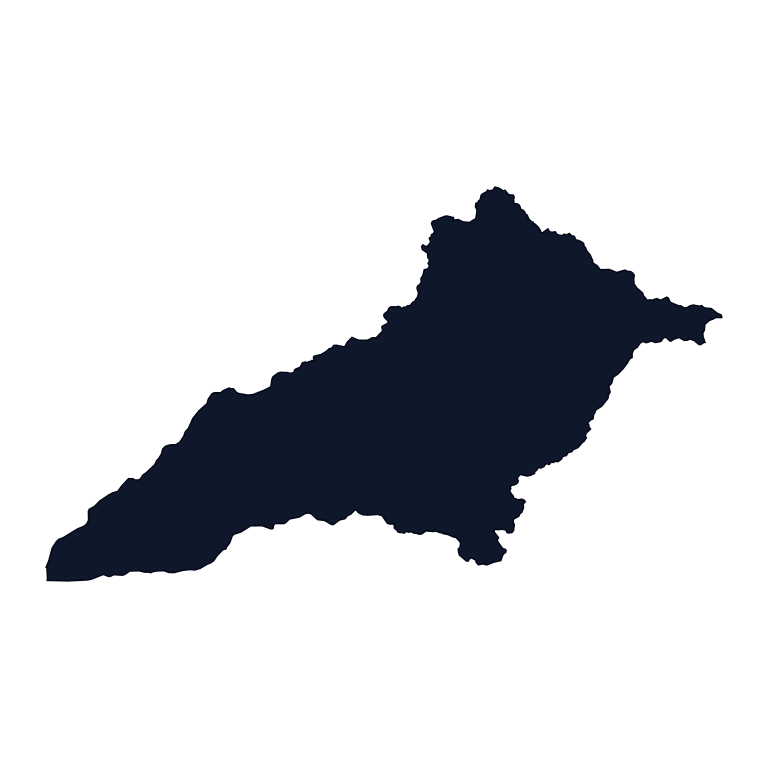 the district of Villahermosa, Tolima, Colombia
{"feature_id": "7082276B2838596576058", "entity_name": "Villahermosa", "entity_type": "district", "adm_level": 2, "iso_a3": "COL", "parent_name": "Colombia", "parent_adm1": "Tolima", "projection": "orthographic", "projection_center": [-75.108, 4.977], "detail": "fine", "context": "isolated", "style": "filled", "palette": "ink", "viewbox_px": 768, "rotation_deg": 0, "n_neighbors": 0, "source": "geoboundaries", "source_scale": "gbopen_adm2", "svg_char_len": 6110}
<svg xmlns="http://www.w3.org/2000/svg" viewBox="0 0 768 768"><path d="M47.2,580.4L68.0,580.9L87.8,579.9L91.8,579.0L103.4,574.4L108.2,576.3L110.2,576.4L113.7,574.7L122.8,575.2L125.0,574.3L129.9,571.0L139.2,570.8L144.5,572.1L148.7,572.1L150.6,572.7L153.0,571.6L157.3,570.9L164.1,570.7L168.6,572.4L173.9,572.6L183.1,570.3L190.2,569.5L194.7,570.0L200.2,568.3L207.4,564.1L210.4,563.0L213.7,560.7L217.1,555.6L222.9,549.7L225.9,548.8L226.4,547.2L229.6,543.0L232.1,536.2L233.9,534.2L241.1,531.9L250.6,525.8L262.2,525.7L270.7,528.8L272.5,528.8L273.0,528.4L273.6,525.1L275.3,523.5L283.8,523.6L286.1,522.3L289.3,519.0L299.5,516.9L304.8,513.7L308.2,512.9L311.1,513.7L317.6,519.6L324.5,520.4L331.3,524.4L333.4,524.6L339.4,520.0L345.1,518.6L347.2,515.8L351.1,513.9L355.2,509.7L356.0,509.8L358.5,512.7L362.7,514.7L367.5,515.1L377.6,514.4L382.0,515.5L387.3,523.2L389.5,524.0L394.3,524.1L394.3,527.6L395.3,529.2L396.5,529.6L397.9,531.9L399.9,532.5L402.1,532.5L403.9,533.2L406.5,531.3L408.5,532.2L410.8,531.6L413.9,533.0L417.1,533.4L418.8,534.2L421.8,533.9L425.9,530.9L433.7,531.5L435.6,531.0L439.9,532.6L441.6,532.7L443.0,533.6L448.1,534.6L453.9,537.2L455.6,537.1L459.8,541.4L460.6,543.5L459.9,547.5L458.2,549.1L458.7,553.0L459.6,555.2L466.6,561.1L468.2,561.0L469.7,558.3L471.5,557.9L475.5,559.9L476.2,562.2L478.3,564.8L482.9,563.9L486.8,564.9L493.7,562.2L500.8,560.6L502.6,555.4L503.7,553.8L505.6,552.5L506.1,550.4L505.4,549.4L502.7,548.6L498.3,542.5L497.2,540.2L498.5,537.6L494.3,532.2L494.1,530.5L495.1,529.3L497.6,529.7L502.2,529.2L506.1,530.1L506.8,532.3L508.2,533.0L511.9,532.5L513.5,530.7L514.3,524.6L513.1,522.1L513.5,519.2L518.8,516.2L519.7,513.9L521.6,512.5L523.5,507.9L523.2,503.9L525.3,501.8L524.5,500.5L522.0,499.2L517.4,499.8L516.0,498.9L514.6,498.7L513.5,497.5L513.2,496.0L511.1,493.7L509.8,490.8L509.8,489.9L510.8,488.9L510.2,486.6L512.6,484.9L514.0,485.1L514.9,484.3L516.1,484.2L517.8,482.4L518.3,480.9L517.2,478.9L518.3,476.4L520.5,474.4L527.0,476.0L530.3,475.4L534.6,473.3L534.7,471.2L536.6,470.4L537.7,468.2L538.8,467.7L541.0,468.0L543.9,466.6L545.8,463.7L549.3,464.4L551.6,461.8L553.4,462.5L554.8,461.4L558.1,461.6L561.3,459.2L562.7,456.6L566.4,455.4L568.3,452.4L571.7,451.8L573.0,449.8L578.0,447.5L582.6,442.2L584.0,441.4L586.3,437.9L585.4,436.2L586.0,433.3L590.5,429.0L589.0,427.0L588.7,424.6L587.6,422.9L590.6,419.9L593.0,418.9L593.7,414.2L594.9,412.6L595.7,410.0L601.8,406.1L607.9,398.4L608.5,394.8L610.1,392.2L608.8,386.3L611.6,383.3L613.2,377.3L618.1,373.8L623.2,368.5L627.5,362.8L629.3,359.2L632.2,357.4L632.0,353.9L633.6,349.6L637.0,347.5L640.3,342.9L643.0,341.4L646.1,342.7L651.5,341.1L655.4,342.5L659.8,341.7L661.2,341.1L663.2,338.2L665.2,337.3L666.4,337.6L669.6,340.8L670.8,341.2L674.2,339.0L679.0,337.5L684.3,340.4L687.2,340.2L690.1,339.0L694.5,340.7L698.8,344.4L700.6,344.7L703.8,342.5L705.0,342.4L703.1,336.9L702.8,333.1L704.3,330.3L704.8,324.4L709.5,320.3L713.3,319.0L714.7,317.9L716.9,317.5L721.4,317.6L721.9,317.1L721.1,314.9L717.1,313.2L711.3,308.6L704.9,308.0L702.9,306.9L701.8,305.6L699.4,306.2L693.2,305.0L689.4,306.1L687.6,307.5L684.3,308.0L680.6,305.8L678.8,305.9L671.1,302.7L669.8,301.6L668.4,298.1L666.6,297.2L660.9,300.2L656.5,298.6L652.0,300.3L649.8,299.8L647.3,300.4L643.7,296.0L642.5,293.0L637.0,288.1L634.0,283.9L633.7,278.3L634.3,275.4L632.6,272.9L630.4,271.5L627.4,271.4L625.0,270.1L616.7,272.5L609.4,269.5L600.1,269.7L597.4,265.9L592.9,263.0L592.5,260.4L590.2,255.0L586.5,250.5L585.7,248.0L583.7,245.3L583.8,243.7L582.3,242.3L578.7,240.5L576.1,240.0L575.2,238.9L574.7,236.9L573.6,236.1L571.7,235.8L569.4,233.5L566.3,234.9L564.4,234.2L562.4,235.4L560.2,235.4L557.1,234.6L555.3,231.8L551.9,232.3L549.4,231.7L547.9,228.9L543.1,232.4L541.0,233.0L540.2,230.0L538.2,227.1L534.9,224.0L533.6,223.5L533.1,222.1L531.4,221.6L528.8,219.1L527.2,215.1L525.5,214.1L524.7,212.0L523.1,210.2L521.1,209.7L519.4,205.3L517.2,203.8L514.2,203.7L513.5,199.8L514.2,197.2L513.3,195.1L509.3,194.9L507.7,193.7L505.1,190.3L503.1,190.8L499.0,188.2L495.0,187.1L492.6,190.4L489.1,190.7L487.5,190.1L486.6,191.8L482.5,193.9L481.1,195.4L480.1,199.9L478.5,200.9L477.9,202.4L475.8,203.5L475.5,206.9L476.7,209.1L477.0,211.8L475.7,218.7L469.3,222.5L463.1,221.9L458.3,219.6L453.3,220.1L453.5,217.6L446.9,216.0L444.8,216.3L438.9,218.6L435.9,220.5L433.3,220.9L431.8,222.3L431.5,223.7L434.6,231.8L433.2,233.8L431.5,234.6L431.3,236.6L429.3,238.2L430.4,241.1L430.1,243.2L427.1,246.5L425.1,246.3L422.9,244.9L421.7,246.3L422.3,249.5L427.5,253.1L427.8,257.1L429.7,260.6L428.1,263.3L429.4,265.7L428.8,267.6L427.2,269.1L424.3,269.7L422.9,275.5L420.9,278.6L421.3,281.8L419.8,284.6L418.0,285.5L417.1,287.3L417.2,289.2L418.5,292.7L417.8,296.6L414.5,301.5L412.6,302.4L410.1,305.6L407.2,305.9L405.9,307.2L403.5,307.2L403.1,308.0L401.6,308.6L400.5,307.2L398.1,306.3L397.2,306.9L391.3,306.8L389.3,307.7L387.5,311.4L384.4,313.8L383.7,315.3L384.5,317.4L388.0,321.0L388.4,322.3L386.8,323.9L382.9,325.8L381.8,327.0L382.6,330.1L382.2,331.5L376.1,337.8L372.1,337.8L369.1,339.6L366.8,340.3L360.3,340.3L358.0,340.0L352.0,337.4L347.1,342.4L344.9,346.6L343.9,346.8L336.7,345.3L333.7,345.4L331.8,348.2L329.1,348.8L326.4,351.3L321.0,354.6L314.0,356.2L313.4,357.8L314.0,359.5L313.8,360.7L311.7,360.5L310.5,361.6L308.9,361.6L308.0,362.5L305.0,362.1L302.4,362.8L300.3,367.1L294.9,369.5L294.0,372.0L292.9,372.9L290.0,373.3L287.3,372.6L280.6,372.3L278.2,373.0L273.1,376.6L271.9,379.3L271.0,385.7L270.3,387.1L264.0,390.3L252.9,394.6L247.9,395.1L238.6,393.5L236.3,392.3L233.4,388.7L231.3,389.0L229.7,388.1L228.1,388.4L222.6,391.0L220.9,392.8L214.4,392.7L212.1,393.7L208.3,399.0L207.1,403.5L199.1,410.7L192.9,418.4L188.4,428.4L185.3,431.8L183.7,436.4L179.8,442.2L175.8,444.7L170.1,444.9L165.4,446.3L162.7,449.1L161.6,453.7L158.9,458.3L156.6,460.7L154.8,464.7L146.2,472.8L142.9,475.1L140.3,479.1L138.3,480.0L135.1,480.0L132.7,478.7L128.5,478.7L121.4,486.4L117.8,491.4L113.2,492.7L108.7,495.0L99.8,501.0L94.5,506.4L89.3,509.3L88.4,511.4L88.6,520.2L86.9,523.7L85.4,525.2L83.5,526.5L77.6,528.9L63.2,537.7L58.8,539.3L56.6,541.4L52.4,547.7L48.7,561.1L46.1,567.4L46.9,567.8L47.5,578.3L47.2,580.4Z" fill="#0f172a" stroke="#020617" stroke-width="1.5"/></svg>